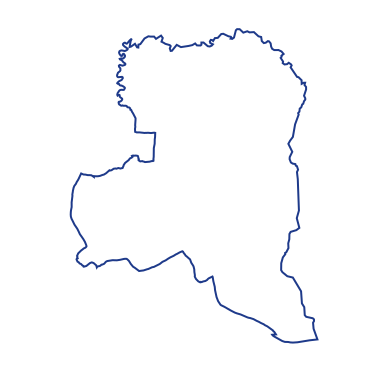 Leraba, Léraba, Burkina Faso (Mercator projection), rotated 175°
{"feature_id": "67063806B8254339248909", "entity_name": "Leraba", "entity_type": "district", "adm_level": 2, "iso_a3": "BFA", "parent_name": "Burkina Faso", "parent_adm1": "Léraba", "projection": "mercator", "projection_center": [-5.133, 10.653], "detail": "fine", "context": "isolated", "style": "outline", "palette": "blue", "viewbox_px": 384, "rotation_deg": 175, "n_neighbors": 0, "source": "geoboundaries", "source_scale": "gbopen_adm2", "svg_char_len": 6044}
<svg xmlns="http://www.w3.org/2000/svg" viewBox="0 0 384 384"><g transform="rotate(175 192 192)"><path d="M79.9,34.2L82.8,45.2L82.8,51.2L81.7,52.8L81.6,54.5L82.7,55.7L89.1,57.7L90.4,59.5L90.2,67.5L92.2,71.4L92.0,83.6L99.0,98.0L104.4,99.8L108.9,104.2L110.0,106.4L109.3,113.3L107.2,118.9L104.5,121.9L104.6,123.1L103.3,123.8L100.8,127.7L100.6,132.5L99.2,136.4L98.6,141.7L97.2,143.7L91.4,144.9L88.2,146.9L89.9,156.8L87.1,164.2L85.5,195.6L85.7,202.7L84.4,205.0L85.2,208.6L86.3,209.2L86.6,210.8L89.2,211.5L90.9,212.8L91.9,216.2L91.6,218.3L88.6,223.3L91.8,231.6L89.8,234.6L86.7,238.1L83.4,250.4L79.0,259.8L79.4,261.3L78.0,262.7L77.4,265.7L75.8,266.8L74.6,269.6L73.5,270.2L72.5,272.7L71.1,274.2L71.0,275.5L72.0,278.1L69.4,284.2L69.2,286.7L70.6,288.8L69.8,291.0L71.3,291.1L73.3,290.2L73.1,293.8L75.9,297.1L77.3,297.5L82.9,307.6L81.7,309.4L82.2,310.5L84.4,312.3L86.1,311.1L88.7,311.0L90.4,312.5L89.9,314.0L92.0,317.9L90.9,319.0L91.0,320.0L88.7,321.5L90.6,324.2L93.5,325.9L97.7,326.2L99.7,327.7L100.5,330.0L100.7,333.2L102.2,335.4L103.3,335.7L105.5,334.3L107.5,334.1L109.3,336.3L109.6,340.4L112.2,341.3L116.4,345.9L120.8,346.0L122.9,347.3L127.0,346.3L130.3,350.0L132.9,350.3L134.2,349.3L136.7,342.2L138.6,341.0L140.1,341.4L139.3,342.4L139.7,343.2L142.2,344.0L147.1,346.9L149.1,346.8L152.9,343.3L155.8,343.3L157.8,340.6L158.7,341.6L160.0,341.9L161.1,340.4L160.8,338.8L158.3,337.3L159.6,336.1L161.6,335.4L163.6,335.9L167.5,339.9L169.6,340.1L169.8,337.9L170.7,337.2L174.3,337.6L175.9,339.7L178.9,338.3L182.7,337.8L190.4,337.3L194.4,339.9L199.7,334.4L201.0,334.4L201.6,337.0L200.5,339.2L201.4,340.3L205.6,341.9L207.2,343.1L209.3,344.4L207.7,348.0L209.2,350.5L214.5,347.7L216.2,350.1L219.6,350.4L221.9,350.9L225.9,349.1L230.6,343.8L232.5,343.5L232.9,340.6L234.1,340.9L235.9,344.6L240.0,342.2L241.5,341.9L240.0,347.6L238.7,350.0L240.8,348.5L243.7,345.6L244.4,345.5L245.8,346.6L246.4,346.5L247.1,346.2L247.9,345.4L247.9,344.6L247.7,344.2L246.6,342.9L245.0,341.6L243.7,340.4L243.6,340.0L243.9,339.5L244.9,338.9L246.6,338.3L249.8,339.2L251.1,339.0L251.9,338.6L252.4,337.7L252.5,337.2L252.3,336.2L251.9,335.3L250.9,333.9L250.6,333.7L250.1,333.7L249.5,333.9L249.2,334.9L249.0,335.3L248.5,335.6L247.9,335.6L246.9,333.9L246.9,333.2L247.3,332.3L248.7,331.1L249.4,331.0L250.8,331.3L252.4,330.9L252.2,330.4L251.1,329.8L250.2,329.0L249.1,327.3L247.5,325.9L247.2,325.3L247.4,324.8L247.9,324.4L250.2,323.9L252.8,324.9L253.8,324.3L253.8,323.2L252.9,321.9L252.6,321.3L252.7,319.5L253.2,318.7L255.3,317.3L256.4,315.1L256.5,314.4L256.4,313.6L255.9,313.0L255.5,312.8L251.7,312.8L251.1,312.3L251.0,311.5L252.1,310.0L252.7,309.6L254.8,308.8L255.4,308.4L256.7,307.4L257.0,306.8L256.3,306.2L255.2,305.9L254.7,304.7L253.6,304.2L252.8,304.2L252.1,303.6L251.2,303.2L249.9,301.9L249.8,301.4L250.6,300.1L251.0,299.7L251.7,299.7L253.7,300.0L254.8,299.8L255.6,299.3L257.5,296.9L258.0,295.3L257.7,294.5L256.8,295.0L256.0,295.1L255.6,294.7L255.7,294.2L255.6,293.2L255.2,292.6L253.9,291.5L253.5,291.1L253.4,290.5L254.0,289.4L255.1,288.6L256.0,288.3L257.0,288.2L257.3,287.8L257.2,286.2L256.8,285.5L256.3,285.2L255.3,284.3L254.7,284.1L253.6,284.3L253.2,284.0L252.6,283.9L250.4,283.7L249.5,283.2L248.9,282.1L247.1,281.6L246.8,281.3L246.3,280.7L246.2,279.3L245.4,279.0L244.8,277.2L243.9,275.5L241.8,270.4L242.0,268.6L242.8,263.5L242.8,261.8L243.3,259.8L243.4,256.9L241.9,256.2L239.3,256.0L234.3,255.0L230.4,254.8L227.7,254.3L224.6,254.4L223.5,254.1L224.0,250.0L224.5,247.8L225.0,243.3L226.2,239.1L227.1,230.3L227.6,227.9L227.5,227.5L227.7,226.4L228.3,226.2L228.9,226.4L231.6,225.9L236.2,225.9L236.7,226.1L237.3,226.5L238.2,226.7L238.8,227.1L240.9,227.0L242.4,228.2L242.1,229.1L242.4,229.2L242.5,231.3L242.9,232.7L244.7,233.2L246.1,233.2L247.1,233.4L248.2,233.4L248.7,233.2L248.2,232.2L249.1,231.5L251.0,230.8L252.3,229.3L256.1,226.8L257.7,224.8L257.9,224.1L259.1,221.9L259.8,221.9L261.1,221.6L263.3,222.3L265.3,221.8L266.2,222.1L268.0,222.0L270.3,220.7L272.1,220.5L272.4,220.8L275.9,218.2L278.3,217.0L279.7,216.8L282.1,216.1L284.1,215.9L286.1,216.0L288.5,216.4L288.5,215.6L290.7,217.4L292.3,217.7L294.4,217.9L296.6,218.6L298.6,218.9L300.8,220.1L304.2,214.3L306.1,211.8L306.9,210.3L308.7,208.3L309.6,206.5L310.0,205.2L310.6,203.4L310.7,202.6L311.1,201.2L311.5,199.5L311.4,198.8L311.6,197.8L312.8,192.2L313.2,187.5L314.2,184.0L314.5,182.4L314.8,179.9L314.8,178.0L314.3,175.7L314.0,175.1L311.9,169.7L309.5,165.4L308.2,162.1L307.4,159.8L304.4,154.6L303.0,151.6L301.9,148.0L301.9,146.9L302.7,146.1L303.6,145.6L304.8,145.2L306.2,144.2L307.4,143.5L310.7,140.8L312.1,138.3L311.8,137.4L312.0,136.9L311.7,135.9L312.5,135.7L312.8,135.2L312.9,134.8L312.1,132.6L311.0,131.9L310.2,130.6L309.1,130.1L308.7,129.8L307.6,128.4L306.7,127.9L306.6,127.2L306.3,127.0L303.7,127.5L300.0,130.0L298.5,130.5L297.9,130.6L296.2,129.8L293.8,127.3L293.4,125.2L293.1,125.6L292.3,126.1L290.4,126.3L289.7,126.6L288.5,127.5L287.7,127.5L285.7,128.2L284.1,129.8L283.3,130.3L282.3,130.6L277.1,131.0L272.8,130.5L269.6,130.7L265.3,131.3L263.3,131.2L262.4,130.7L260.8,128.8L259.2,125.6L257.2,122.7L255.7,121.6L251.6,117.9L247.1,118.1L243.2,119.0L242.3,119.1L238.3,120.5L236.5,120.7L230.4,123.1L227.5,125.0L224.2,126.2L221.5,127.7L219.2,128.8L215.9,130.0L213.6,131.2L212.2,131.7L209.6,132.9L206.8,133.8L206.1,133.3L205.9,132.6L205.2,131.4L204.4,130.3L204.0,129.3L202.5,127.9L202.1,127.4L199.8,125.0L198.9,121.6L197.2,118.4L196.9,117.4L196.5,114.8L196.6,112.0L196.4,109.5L196.4,108.4L196.6,107.8L196.5,107.2L195.6,105.0L193.5,102.4L191.7,101.3L191.0,101.7L190.5,101.4L189.9,101.5L188.7,101.9L186.4,102.2L184.6,103.1L183.8,103.9L182.7,104.6L179.0,106.0L178.8,105.5L178.5,101.2L177.6,95.5L177.6,92.4L177.3,89.9L176.7,85.2L175.5,81.0L173.5,77.3L172.9,76.7L169.9,74.9L163.6,70.5L159.8,68.1L157.9,67.2L154.3,65.8L147.6,62.2L146.3,61.7L145.1,61.4L141.8,60.0L138.8,58.0L136.8,56.9L134.6,55.4L132.1,54.0L131.0,53.0L128.7,51.6L123.5,47.1L123.0,46.1L122.3,45.6L120.8,42.8L124.5,42.8L124.1,42.1L122.7,40.9L115.1,35.7L112.6,34.6L109.2,34.2L107.2,33.6L104.6,33.2L100.0,33.1L87.8,34.0L79.9,34.2Z" fill="none" stroke="#1e3a8a" stroke-width="2"/></g></svg>